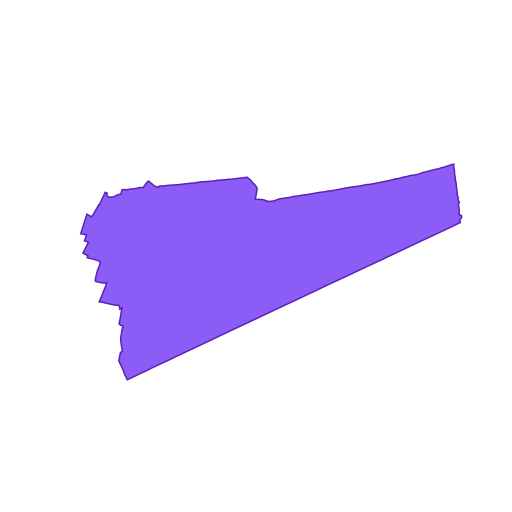 the district of Bang Bon, Bangkok Metropolis, Thailand, rotated 25°
{"feature_id": "78962969B77948152062617", "entity_name": "Bang Bon", "entity_type": "district", "adm_level": 2, "iso_a3": "THA", "parent_name": "Thailand", "parent_adm1": "Bangkok Metropolis", "projection": "equal_earth", "projection_center": [100.393, 13.657], "detail": "fine", "context": "isolated", "style": "filled", "palette": "violet", "viewbox_px": 512, "rotation_deg": 25, "n_neighbors": 0, "source": "geoboundaries", "source_scale": "gbopen_adm2", "svg_char_len": 5896}
<svg xmlns="http://www.w3.org/2000/svg" viewBox="0 0 512 512"><g transform="rotate(25 256 256)"><path d="M426.9,139.5L426.9,139.3L426.8,138.7L426.7,138.6L426.2,138.3L426.0,138.2L425.9,138.1L425.7,137.8L425.7,137.7L425.5,137.2L425.5,136.9L425.6,136.4L425.9,135.3L425.9,135.2L426.0,134.7L426.1,134.4L426.0,134.2L425.8,133.5L425.6,133.0L425.5,132.8L425.3,132.7L425.2,132.7L424.8,132.6L424.0,132.5L423.2,132.7L422.6,132.4L422.2,132.0L422.1,131.8L422.0,131.6L421.9,131.3L421.9,130.9L421.8,130.7L421.7,130.4L421.4,129.9L421.0,128.9L420.8,128.5L420.2,127.6L418.8,125.4L418.3,124.6L417.7,123.6L417.6,123.3L417.5,122.9L417.6,122.4L417.6,121.6L417.6,121.3L417.4,121.0L417.2,120.9L416.9,120.8L416.3,120.5L415.9,120.3L415.6,120.1L415.5,119.8L415.4,119.6L415.2,118.8L415.1,118.6L414.8,118.1L414.5,117.6L413.7,116.7L413.2,116.1L412.6,115.7L412.5,115.4L411.8,113.8L411.3,113.0L411.0,112.7L409.8,110.6L409.5,110.3L408.7,109.0L408.1,108.1L407.8,107.5L407.5,106.8L406.9,105.9L406.2,104.9L406.0,104.7L405.7,104.4L405.3,103.9L404.5,102.5L403.9,101.6L403.0,100.1L402.7,99.8L401.8,98.3L400.8,96.9L400.2,95.6L399.3,94.0L397.7,91.9L396.8,90.3L396.6,89.7L396.6,89.4L396.2,89.7L395.9,89.7L394.9,90.2L394.0,91.1L393.8,91.3L392.6,92.4L390.6,94.4L389.8,95.1L388.5,96.6L388.4,96.7L387.6,96.9L387.4,96.9L387.2,97.1L384.7,99.8L384.1,100.2L383.1,100.8L381.7,101.8L380.8,102.7L377.8,105.0L375.4,107.2L373.1,108.9L371.2,110.5L370.8,110.9L370.0,111.9L367.1,114.5L364.5,116.2L363.4,116.8L363.1,116.9L362.9,117.1L357.9,121.1L354.7,123.4L354.2,124.1L353.2,124.9L352.7,125.4L349.7,127.2L348.6,128.1L347.8,128.9L346.8,129.6L345.8,130.4L344.6,131.6L342.5,133.0L340.6,134.4L339.5,135.2L339.2,135.5L337.5,136.8L335.7,138.0L335.4,138.1L334.5,139.0L333.5,139.7L333.3,139.7L333.1,139.9L332.4,140.4L332.0,140.8L329.4,142.6L329.2,142.6L329.1,142.8L327.5,143.8L326.7,144.3L326.4,144.3L326.1,144.5L325.7,144.9L325.4,145.0L324.7,145.6L324.3,146.0L323.1,146.6L321.7,147.8L321.3,148.0L320.6,148.6L320.0,148.9L318.0,150.3L316.8,151.0L316.3,151.4L313.5,153.1L312.3,153.8L312.1,154.0L309.1,156.1L306.0,158.4L301.3,161.8L298.5,163.8L293.1,167.2L292.9,167.4L292.7,167.6L290.7,169.1L289.9,169.7L289.6,169.7L287.2,171.1L283.9,173.5L281.0,175.5L278.4,177.3L277.1,178.3L270.7,182.3L269.3,183.4L269.0,183.7L266.4,185.2L266.2,185.3L264.6,186.4L263.4,187.3L262.0,188.5L257.6,191.4L257.3,191.5L257.2,191.6L255.3,192.9L253.2,194.2L251.2,196.2L249.1,198.4L247.0,199.8L246.0,200.4L245.2,200.7L244.1,201.3L243.6,201.4L240.7,201.8L240.4,201.7L240.0,201.8L239.0,201.9L235.4,203.1L233.8,203.8L233.6,203.9L233.3,204.1L232.8,204.4L231.9,204.8L231.4,204.9L230.3,200.7L229.9,199.1L229.1,196.3L228.6,194.7L228.2,194.0L227.2,193.3L225.0,192.0L223.4,191.4L223.1,191.4L220.8,190.4L219.3,189.6L215.2,188.5L214.8,188.4L214.6,188.4L214.2,188.5L213.3,189.2L213.0,189.5L209.2,191.8L207.7,192.7L204.4,194.8L202.4,196.0L201.8,196.5L200.8,197.2L200.3,197.4L200.0,197.5L198.8,198.0L197.6,198.8L197.0,199.2L195.6,200.0L195.4,200.1L193.3,201.4L190.8,202.8L189.0,203.6L188.8,203.9L185.4,206.2L183.6,207.2L180.5,208.9L180.2,209.2L177.0,210.9L175.4,211.8L173.2,213.1L171.1,214.6L169.2,215.8L168.2,216.6L166.9,217.1L165.1,218.2L163.1,219.5L160.7,220.9L157.7,222.8L155.6,224.1L152.9,225.6L151.5,226.3L150.8,226.9L149.7,227.4L149.1,227.7L148.6,228.0L148.3,228.1L147.8,228.3L144.6,230.3L142.1,231.8L140.3,232.7L138.8,233.5L138.7,233.6L138.5,234.1L138.3,235.2L137.9,235.4L137.3,235.3L136.8,235.2L134.4,235.5L133.3,235.3L132.3,234.8L131.5,234.6L130.4,234.5L129.7,234.2L127.4,233.6L127.2,233.5L126.8,233.8L126.5,234.2L126.1,235.1L125.1,239.8L125.1,241.6L124.9,241.7L124.5,241.8L123.7,242.0L122.7,242.6L121.5,243.2L120.8,243.8L119.2,245.1L117.5,246.3L117.2,246.6L116.7,246.7L116.4,247.0L115.2,247.6L114.3,248.1L113.0,249.0L112.3,249.7L111.3,250.2L110.8,250.5L109.4,251.1L108.5,251.4L107.5,252.0L106.8,252.4L106.6,252.5L106.6,253.1L107.1,255.5L107.4,256.5L104.4,259.5L103.4,260.6L102.3,262.1L101.3,263.0L100.3,263.6L98.8,264.4L98.2,264.6L97.3,264.7L96.9,264.6L96.4,264.6L95.8,264.6L95.5,264.4L95.3,264.1L94.6,262.1L94.4,261.9L92.3,262.1L92.4,263.6L92.4,264.3L92.5,265.7L92.4,266.0L92.4,268.2L92.4,268.8L92.4,269.9L92.4,270.7L92.4,276.0L91.9,276.0L90.9,286.9L90.6,289.9L85.1,289.6L86.5,300.5L87.7,309.9L89.6,309.4L93.4,308.4L93.8,311.4L94.1,314.8L96.6,314.5L97.1,314.5L98.3,314.4L98.0,324.7L98.0,326.6L103.6,326.8L103.7,328.9L109.6,327.7L114.4,327.0L117.4,327.2L117.6,327.4L117.8,328.6L118.3,333.3L118.3,333.9L118.4,335.5L118.9,338.8L119.4,341.2L119.9,343.6L120.0,344.1L120.2,344.7L120.6,345.7L120.7,346.2L120.9,346.5L121.2,346.7L121.4,346.8L121.7,346.8L124.0,346.3L126.1,345.8L127.3,345.4L129.5,344.9L129.8,344.8L130.3,344.5L132.0,343.2L132.3,345.4L132.5,347.3L132.6,350.2L132.8,353.8L133.0,356.4L133.1,358.4L133.2,362.1L133.2,363.4L133.2,363.7L136.8,362.7L139.6,362.2L146.6,360.7L151.8,359.1L152.9,358.7L155.1,361.8L156.5,359.9L157.4,363.4L159.2,369.6L160.0,372.9L160.5,375.4L161.7,375.7L162.7,375.9L165.2,375.7L165.6,379.1L165.7,379.8L166.0,380.6L166.8,383.3L167.6,386.1L167.9,387.2L168.7,389.0L169.7,390.7L171.6,393.7L173.4,396.2L174.8,398.5L175.1,399.1L174.9,399.5L173.9,400.6L174.2,401.9L175.9,408.9L176.0,409.1L182.6,414.5L187.6,419.3L191.6,422.6L194.1,419.6L206.2,404.9L210.4,399.7L215.3,393.8L220.1,388.2L227.2,379.5L231.9,373.9L233.4,372.0L237.7,366.9L243.7,359.7L246.5,356.3L251.5,350.3L253.5,347.9L256.7,344.0L259.2,340.9L260.9,338.9L262.1,337.4L263.0,336.3L266.1,332.6L271.0,326.7L279.5,316.6L285.1,309.9L288.6,305.6L294.4,298.6L297.8,294.6L300.2,291.7L303.9,287.2L310.9,278.9L312.7,276.7L317.5,270.9L321.1,266.5L322.2,265.3L322.8,264.6L326.5,260.1L327.2,259.3L330.0,255.8L334.9,249.9L346.2,236.5L355.3,225.5L361.6,218.0L364.2,215.0L366.8,211.8L369.1,209.1L371.3,206.6L374.8,202.2L383.5,191.8L388.7,185.4L396.5,176.0L408.5,161.7L410.8,158.9L411.5,158.2L412.4,157.1L414.1,155.0L415.1,153.9L416.5,152.1L417.6,150.8L426.9,139.5Z" fill="#8b5cf6" stroke="#5b21b6" stroke-width="1.5"/></g></svg>